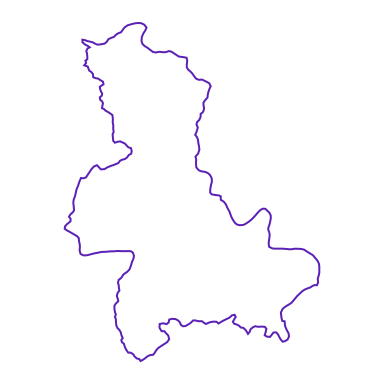 the district of Virgem da Lapa, Minas Gerais, Brazil
{"feature_id": "56859067B3157753034175", "entity_name": "Virgem da Lapa", "entity_type": "district", "adm_level": 2, "iso_a3": "BRA", "parent_name": "Brazil", "parent_adm1": "Minas Gerais", "projection": "albers", "projection_center": [-42.339, -16.692], "detail": "fine", "context": "isolated", "style": "outline", "palette": "violet", "viewbox_px": 384, "rotation_deg": 0, "n_neighbors": 0, "source": "geoboundaries", "source_scale": "gbopen_adm2", "svg_char_len": 5345}
<svg xmlns="http://www.w3.org/2000/svg" viewBox="0 0 384 384"><path d="M294.8,248.7L292.0,249.2L289.6,249.3L286.8,249.0L282.9,248.7L278.8,248.7L274.7,248.7L272.3,248.4L269.2,246.9L268.7,244.2L268.8,241.6L269.3,238.4L269.7,234.8L269.2,232.1L268.3,230.0L268.3,227.8L269.2,225.5L269.8,223.3L270.3,220.8L270.8,218.5L270.7,215.4L269.4,212.7L267.5,210.9L265.3,208.8L262.7,208.7L260.3,210.1L257.8,212.6L255.7,215.1L253.6,217.4L251.3,219.7L248.9,221.6L246.6,223.2L244.0,224.7L241.8,225.1L239.0,225.1L236.8,224.4L235.1,223.0L233.8,221.2L232.5,219.1L231.4,216.9L230.3,214.0L229.3,211.2L228.2,209.3L227.1,207.3L226.0,204.5L223.8,201.7L220.8,199.8L220.7,196.3L218.8,195.4L215.1,195.0L211.6,194.3L210.2,192.6L210.2,189.7L210.9,185.4L211.9,181.8L211.8,178.6L210.3,175.4L208.3,173.4L206.5,172.4L204.1,171.7L201.2,171.3L199.2,170.5L197.7,169.1L196.3,167.3L196.1,165.1L196.0,162.3L196.2,159.6L195.5,156.6L198.1,153.6L199.4,149.7L199.0,146.4L198.4,143.2L198.0,140.0L197.1,137.3L195.2,134.8L196.2,132.7L197.0,130.5L197.8,127.5L196.5,124.5L197.1,122.1L199.3,119.9L200.6,116.8L200.7,113.8L202.6,112.5L203.7,110.4L204.1,108.0L203.5,105.3L203.5,102.5L205.2,100.1L207.5,97.5L207.7,95.1L208.4,91.9L209.4,89.1L210.7,86.2L209.2,83.2L206.0,81.5L202.1,79.6L198.8,79.8L196.0,78.6L194.1,76.1L192.4,73.6L190.2,71.3L188.2,69.7L186.8,67.3L186.8,64.5L187.2,60.9L186.6,57.8L184.3,57.3L182.1,57.0L178.8,56.5L175.4,54.3L173.3,52.9L171.5,51.7L169.0,51.1L165.5,52.2L162.7,52.2L160.6,51.9L158.5,51.9L155.9,52.5L153.1,52.0L150.3,50.0L147.5,47.8L144.4,45.9L142.4,43.8L141.5,41.0L141.8,37.1L143.3,33.5L145.4,30.3L146.5,27.5L144.3,24.7L141.3,23.2L138.0,23.0L135.1,23.3L132.0,24.0L127.7,25.3L124.7,27.3L122.7,29.9L121.0,32.3L118.4,33.2L115.9,34.8L114.0,36.9L111.1,37.9L108.4,39.2L106.8,41.8L104.6,43.6L102.2,44.1L99.6,44.5L97.2,44.6L95.2,43.7L93.1,42.5L90.4,41.7L87.4,41.1L85.0,40.1L82.4,39.7L82.5,42.3L85.0,44.5L87.6,45.8L89.7,47.3L87.4,48.6L86.3,51.2L87.0,53.5L87.3,56.4L87.3,59.3L85.4,60.7L86.1,63.0L84.3,65.3L87.8,66.6L89.2,70.6L91.3,72.0L92.9,74.0L93.3,77.3L95.8,78.2L98.1,78.6L100.3,80.1L103.0,81.7L103.5,84.4L101.5,85.6L99.8,86.8L100.2,89.2L101.0,91.6L102.2,93.5L101.8,95.7L99.8,97.3L100.2,99.8L102.0,101.2L103.0,103.3L102.4,105.7L102.0,108.2L104.1,109.1L105.6,110.7L107.8,111.9L109.8,113.2L112.4,115.0L112.9,119.0L112.7,122.3L113.3,125.4L113.2,128.8L113.7,131.8L112.6,134.3L112.9,137.4L113.2,140.7L114.8,142.7L117.6,141.8L120.2,141.4L122.6,142.5L124.8,143.5L126.4,145.2L128.2,147.2L131.0,148.2L131.7,151.2L131.2,153.7L128.8,155.0L127.1,157.4L125.0,159.0L122.2,159.7L120.0,160.8L118.4,163.0L115.6,164.2L113.0,165.2L110.6,166.0L107.5,167.3L104.5,169.1L100.9,169.4L98.8,167.1L97.0,165.2L93.9,166.5L91.5,169.1L89.6,172.0L87.7,174.8L85.9,177.5L83.4,178.3L81.0,178.0L79.4,181.7L78.0,186.0L76.5,189.5L75.8,192.7L75.1,195.8L73.7,199.7L73.3,202.5L73.6,205.3L73.9,208.2L74.0,210.5L72.8,212.3L70.5,214.3L69.0,216.7L70.6,218.9L70.5,221.2L69.0,222.6L67.1,224.1L65.0,226.4L64.7,228.8L67.3,230.6L70.6,232.4L74.2,234.5L77.1,236.2L78.8,238.2L78.9,240.5L79.4,242.7L79.8,244.9L79.9,247.0L79.6,250.4L80.6,254.0L83.3,255.3L86.5,255.3L89.0,254.8L91.7,254.0L94.3,253.4L97.0,252.9L99.6,252.3L102.2,251.9L105.4,251.8L110.1,251.4L114.1,251.3L117.3,251.0L120.7,251.1L123.9,251.2L126.0,251.1L128.6,251.1L130.7,251.2L132.7,252.4L134.0,255.8L133.4,258.9L132.0,261.9L130.9,265.8L129.6,269.2L127.4,271.7L125.0,273.3L123.2,274.7L122.1,276.7L120.8,278.3L118.7,279.8L118.0,282.7L118.7,285.2L118.9,287.8L119.4,290.6L117.8,292.6L116.8,295.7L117.7,298.7L118.3,301.2L115.8,303.6L114.5,305.6L114.4,309.1L115.0,312.0L115.9,314.7L114.9,316.8L115.8,318.9L116.0,322.4L116.3,325.3L117.4,328.0L119.1,329.6L120.7,332.1L121.5,335.3L122.7,338.1L121.3,340.1L122.0,342.3L123.9,343.7L124.9,347.2L126.5,350.2L128.2,352.6L130.7,352.7L133.3,354.3L134.6,356.5L136.9,358.5L139.4,359.1L140.5,361.0L143.1,359.7L145.2,358.2L147.4,356.4L150.0,355.1L153.1,354.8L154.7,352.9L155.9,350.7L157.7,348.5L159.4,347.2L162.0,345.5L164.7,343.8L167.3,342.0L169.2,339.1L168.2,335.5L166.0,333.2L164.4,331.2L161.6,331.2L159.5,327.8L159.7,324.0L163.2,323.3L166.6,324.1L168.7,322.4L169.2,319.6L172.0,318.8L175.5,319.1L178.0,320.4L179.7,322.1L181.0,325.0L183.1,326.3L185.5,326.0L188.4,324.4L191.0,322.6L193.0,320.5L195.2,320.4L198.3,321.2L201.9,321.2L203.9,322.7L205.9,324.0L208.5,322.8L210.6,322.1L213.5,321.6L216.5,321.8L218.5,323.5L221.2,321.8L224.6,320.0L227.5,318.6L229.9,317.4L231.8,315.4L234.6,314.8L235.7,316.9L234.2,319.4L232.9,321.7L234.0,323.6L236.6,324.5L239.0,325.7L240.8,327.5L243.4,327.9L245.9,330.3L248.0,333.9L249.7,331.8L250.5,329.3L252.9,327.3L255.2,326.2L258.0,326.8L261.4,326.6L264.7,326.8L266.4,328.7L265.8,331.6L264.7,335.2L266.8,336.6L270.1,336.9L272.0,334.4L273.5,332.5L276.3,332.4L278.1,334.6L279.2,336.8L280.6,339.3L282.7,341.7L284.8,341.2L287.5,339.6L289.0,336.6L288.6,333.4L286.6,329.7L285.2,326.5L284.9,324.3L284.6,321.3L282.3,320.9L281.5,318.0L281.2,315.5L280.9,312.5L282.5,309.1L284.7,307.1L287.0,305.6L289.1,304.4L291.5,302.8L293.4,300.6L295.3,298.3L297.5,295.7L300.1,293.3L302.1,291.3L304.7,289.6L307.7,288.3L310.4,287.4L312.2,286.1L314.4,285.1L316.9,285.2L318.1,282.5L317.8,278.6L318.7,275.6L319.3,272.7L319.3,269.6L319.3,266.3L318.9,263.6L317.7,261.1L316.2,259.1L314.7,257.3L312.8,255.1L310.8,253.9L308.6,252.6L306.1,251.0L304.0,249.6L301.4,249.0L298.6,248.8L294.8,248.7Z" fill="none" stroke="#5b21b6" stroke-width="2"/></svg>